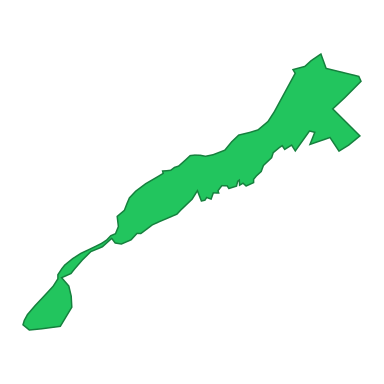 outline of Bektemir, Tashkent, Uzbekistan
{"feature_id": "79887680B40109116454398", "entity_name": "Bektemir", "entity_type": "district", "adm_level": 2, "iso_a3": "UZB", "parent_name": "Uzbekistan", "parent_adm1": "Tashkent", "projection": "natural_earth1", "projection_center": [69.289, 41.186], "detail": "fine", "context": "isolated", "style": "filled", "palette": "green", "viewbox_px": 384, "rotation_deg": 0, "n_neighbors": 0, "source": "geoboundaries", "source_scale": "gbopen_adm2", "svg_char_len": 1502}
<svg xmlns="http://www.w3.org/2000/svg" viewBox="0 0 384 384"><path d="M117.2,216.4L118.4,226.6L115.5,233.7L110.8,235.7L106.7,240.0L101.4,243.5L93.9,247.2L86.1,250.9L80.8,253.4L72.7,258.6L64.8,265.0L62.0,268.5L57.9,274.7L57.9,278.8L53.2,286.2L43.8,296.4L35.3,305.4L27.5,314.5L24.3,320.4L23.0,324.8L29.3,330.0L41.6,328.8L60.3,326.3L71.8,307.2L71.2,296.2L68.8,286.0L61.6,277.7L71.0,273.5L74.2,269.4L82.3,260.0L90.8,251.6L102.4,246.8L111.7,238.4L115.2,243.0L121.4,244.0L131.1,239.8L137.0,233.4L140.8,233.5L142.9,232.0L152.4,224.8L159.9,221.4L177.0,214.1L180.5,210.3L192.1,199.2L197.4,190.7L201.4,201.0L204.9,200.2L206.7,197.5L211.1,199.1L213.3,192.9L218.7,193.0L218.0,190.7L221.8,185.7L227.1,185.8L228.9,188.5L236.5,186.1L237.7,181.3L239.3,180.1L239.6,185.2L243.0,183.2L246.1,186.0L253.6,182.6L253.6,179.3L256.5,175.8L261.2,171.5L263.4,165.5L271.6,157.7L273.2,152.7L279.4,147.5L282.2,145.7L284.7,149.4L291.6,145.1L295.3,150.9L309.5,131.0L314.8,132.3L310.0,144.4L330.0,137.5L339.0,151.1L348.7,145.1L359.9,135.9L332.7,108.9L344.6,97.8L361.0,81.3L358.8,76.4L326.1,68.4L320.9,54.0L311.2,60.6L304.9,66.4L293.0,69.6L295.2,73.3L274.3,111.8L268.0,121.5L258.0,129.9L249.9,132.4L238.7,135.1L231.7,141.8L224.8,150.2L218.9,152.5L213.2,154.7L205.5,156.3L200.5,155.3L194.9,155.1L190.2,155.6L185.5,160.0L178.6,166.1L174.5,167.4L170.7,170.3L166.1,170.8L162.6,171.0L163.2,173.4L157.9,176.6L145.7,183.7L135.7,191.2L129.4,197.9L126.9,203.8L124.4,210.3L117.2,216.4Z" fill="#22c55e" stroke="#15803d" stroke-width="1.5"/></svg>